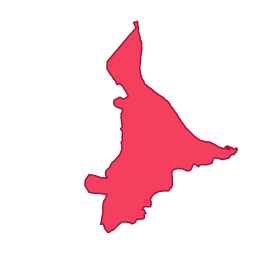 the district of Yousef El sadeq, Al Fayyum, Egypt, rotated 55°
{"feature_id": "37247803B96193438521946", "entity_name": "Yousef El sadeq", "entity_type": "district", "adm_level": 2, "iso_a3": "EGY", "parent_name": "Egypt", "parent_adm1": "Al Fayyum", "projection": "orthographic", "projection_center": [30.573, 29.353], "detail": "fine", "context": "isolated", "style": "filled", "palette": "rose", "viewbox_px": 256, "rotation_deg": 55, "n_neighbors": 0, "source": "geoboundaries", "source_scale": "gbopen_adm2", "svg_char_len": 5779}
<svg xmlns="http://www.w3.org/2000/svg" viewBox="0 0 256 256"><g transform="rotate(55 128 128)"><path d="M210.0,61.0L209.6,60.4L209.3,59.7L209.2,58.7L209.4,58.0L209.4,57.6L210.1,57.1L210.6,56.7L210.2,55.4L209.8,55.2L209.9,53.5L209.6,53.5L209.0,52.2L208.8,51.4L207.6,51.1L207.9,50.7L207.2,50.5L206.4,51.0L206.2,53.6L205.4,53.6L204.5,53.9L203.9,53.9L203.5,54.5L202.6,55.3L201.4,55.8L200.7,56.2L200.2,56.8L200.8,56.7L201.2,56.3L202.8,56.2L203.7,56.9L203.8,57.5L203.5,57.7L202.9,57.6L202.6,57.7L202.0,58.8L201.8,58.6L202.4,57.6L202.1,57.1L201.5,57.3L200.7,58.7L200.1,58.5L200.3,57.1L199.7,57.2L199.5,57.8L199.4,59.1L199.9,59.2L199.9,60.2L200.2,60.8L198.5,62.5L197.2,63.2L195.2,65.0L193.5,65.5L191.4,66.5L188.4,68.0L186.7,69.1L185.0,70.7L184.0,72.4L181.7,74.0L180.1,75.7L177.0,76.9L173.9,78.0L172.8,78.4L172.3,78.5L171.5,78.7L170.9,78.7L170.3,78.9L169.6,78.9L168.9,79.1L168.1,79.3L167.4,79.3L166.9,79.5L166.2,79.5L165.2,79.7L164.5,79.8L164.0,79.9L163.0,80.1L162.3,80.2L162.0,80.4L160.8,80.4L159.1,80.5L156.6,80.5L155.6,80.6L154.0,80.6L153.4,80.5L152.0,80.5L151.0,80.4L150.0,80.4L149.1,80.5L148.3,80.3L147.7,80.4L147.1,80.4L146.2,80.2L145.2,80.3L144.3,80.1L138.7,80.3L137.9,80.2L137.2,80.0L136.5,80.1L135.9,80.3L135.3,80.5L134.3,80.5L133.8,80.5L133.3,80.2L132.6,80.0L131.9,80.1L130.2,80.1L129.2,80.2L128.7,80.3L128.2,80.4L127.5,80.6L126.9,80.9L126.2,81.1L125.7,81.3L125.4,81.3L124.9,81.5L124.2,81.5L123.3,81.7L122.8,81.9L122.2,82.1L121.7,82.3L120.7,82.8L119.7,83.2L119.2,83.6L118.5,83.8L117.6,84.0L117.0,84.3L116.1,84.5L115.8,84.7L115.0,84.9L114.3,85.3L113.8,85.3L113.5,85.5L112.8,85.7L111.6,85.9L110.6,86.2L109.9,86.4L109.6,86.4L109.1,86.6L108.2,86.8L107.4,87.2L106.7,87.6L104.7,88.1L104.4,88.3L103.9,88.3L103.4,88.5L102.2,88.7L101.7,88.8L101.2,88.9L99.8,89.0L99.5,88.5L98.8,88.2L97.8,88.1L97.4,88.2L96.7,88.4L96.2,88.4L95.9,88.5L95.6,88.3L95.0,88.0L94.3,87.8L94.0,87.8L93.7,87.7L93.1,87.5L91.8,86.9L91.1,86.8L90.4,86.3L89.7,86.0L88.0,85.3L87.5,85.0L86.8,84.7L85.9,84.1L85.2,83.7L84.5,83.1L83.4,82.3L82.4,81.3L81.3,80.3L80.8,79.7L80.1,79.0L79.6,78.7L78.9,78.2L78.2,77.7L77.1,76.9L76.1,76.1L75.5,75.4L74.3,74.3L74.0,74.0L73.4,73.3L72.6,72.7L72.2,72.2L71.3,71.4L70.8,71.0L70.3,70.9L69.2,70.1L68.7,69.8L68.4,69.6L67.8,69.3L67.0,68.6L66.5,68.3L65.6,67.8L64.9,67.5L64.6,67.4L64.0,67.5L63.2,67.6L61.6,66.8L60.9,66.3L60.8,66.1L60.4,66.0L59.3,65.8L54.5,63.8L51.3,61.5L50.0,61.3L46.2,59.1L44.8,62.9L50.7,64.0L53.1,74.6L57.3,90.3L61.8,107.1L63.3,108.1L65.1,109.6L67.2,111.0L67.7,111.3L69.2,111.4L72.5,111.5L73.5,111.6L75.2,111.6L76.5,111.4L78.1,111.5L80.3,111.6L80.6,111.4L82.8,111.3L84.2,111.8L85.9,112.0L86.1,111.9L86.4,111.5L86.5,110.5L86.7,109.6L87.3,109.4L88.3,109.1L90.5,108.3L92.7,108.6L93.8,108.7L94.3,108.7L95.6,108.8L96.6,108.4L96.8,108.6L98.4,109.1L100.6,109.0L101.8,109.6L102.0,110.3L102.2,111.1L102.2,111.5L102.1,113.7L101.8,114.5L101.6,114.9L100.6,115.9L99.8,116.1L98.6,116.5L98.3,117.0L97.8,118.1L97.8,118.4L98.1,119.9L97.6,121.1L97.3,121.8L97.5,123.7L98.1,124.3L99.1,125.3L100.0,125.6L101.5,126.1L104.0,125.3L106.2,124.0L109.2,121.7L112.0,123.8L112.2,125.4L113.4,126.0L115.3,127.6L115.7,127.9L116.6,128.2L119.7,130.0L120.7,130.5L122.4,131.3L123.6,131.9L124.2,133.1L124.2,134.2L124.8,134.7L126.3,134.7L127.1,134.5L127.8,134.6L129.1,135.6L130.2,136.4L131.7,137.9L134.3,139.2L134.8,139.6L135.9,141.8L136.1,142.1L138.3,142.7L139.2,143.6L140.2,143.9L141.1,144.5L142.2,145.7L142.9,146.6L144.5,149.0L145.0,149.8L146.0,153.3L147.2,158.5L147.1,160.4L147.5,161.4L148.0,162.6L149.1,164.6L150.0,166.4L150.2,169.8L151.6,171.9L152.8,172.7L154.7,173.4L156.9,173.6L153.9,178.1L148.7,181.9L143.8,186.4L146.2,192.7L150.3,196.3L158.3,196.8L162.2,193.0L165.2,188.9L170.2,183.6L170.6,184.0L171.3,184.8L172.7,186.4L173.6,188.6L173.8,189.5L175.2,191.1L176.8,192.7L178.2,193.9L179.4,194.7L180.3,195.2L181.5,196.1L183.5,197.6L184.0,198.3L184.3,198.4L185.2,199.4L189.5,203.7L191.2,205.5L191.5,204.9L191.7,204.4L192.5,203.5L193.2,203.5L194.7,203.8L195.8,204.3L197.3,204.6L198.7,204.7L199.7,204.6L200.9,204.4L201.9,204.4L202.2,204.0L202.5,203.7L202.7,203.2L202.6,202.2L202.5,201.7L202.4,200.6L202.7,199.8L202.9,199.3L203.0,198.4L203.0,197.7L202.6,196.2L202.3,194.0L202.1,192.9L201.7,190.7L201.6,187.1L201.9,186.3L202.2,185.6L203.8,183.5L205.8,181.7L207.1,180.3L207.8,180.1L208.6,180.1L209.1,178.5L209.5,176.7L208.6,174.5L208.4,174.0L208.0,173.5L208.7,171.6L209.8,170.0L211.2,167.4L211.0,166.1L210.3,165.6L209.4,165.3L208.6,164.8L208.0,163.8L208.0,162.8L208.1,162.3L206.8,162.4L205.6,161.9L204.9,161.7L204.4,161.9L203.1,162.8L203.1,162.3L202.5,161.8L201.8,160.8L202.0,160.1L202.4,158.6L203.5,157.4L204.5,156.2L204.8,155.3L205.2,154.9L204.4,153.3L202.3,151.8L201.3,151.4L199.6,150.6L199.0,150.2L198.5,149.3L198.3,148.6L197.9,147.6L197.2,145.9L196.9,143.7L197.2,142.9L197.7,140.8L197.5,140.1L197.5,139.5L200.2,134.4L201.0,133.4L202.4,131.3L202.6,131.0L202.5,129.8L201.9,127.4L201.4,126.1L201.0,125.3L200.1,124.4L198.0,122.7L194.7,120.7L193.3,119.9L191.6,119.0L189.9,117.9L189.0,117.0L188.6,115.9L188.4,115.2L188.4,114.3L188.8,112.8L189.2,112.3L189.3,111.8L189.6,110.6L189.9,109.9L190.6,109.4L191.1,108.8L191.4,108.5L191.7,108.0L192.2,107.4L192.8,106.7L194.0,106.0L194.5,105.8L194.7,105.6L196.4,104.7L196.7,104.2L197.3,103.7L197.8,103.2L198.0,102.6L198.1,101.6L198.3,100.9L198.0,99.8L197.3,98.6L195.5,96.1L195.5,95.3L195.6,94.4L195.8,94.2L196.3,93.9L196.6,93.5L197.5,93.2L199.5,92.8L200.2,92.4L199.8,91.9L199.7,90.5L199.9,89.7L200.4,88.7L200.5,88.5L200.7,88.0L202.0,86.6L202.3,86.0L203.6,83.8L203.9,82.8L204.6,80.7L204.8,79.9L204.8,79.4L204.6,78.8L204.2,78.5L203.7,77.9L203.2,77.0L202.4,76.2L202.1,75.2L202.2,74.7L202.8,73.3L203.2,72.8L204.4,71.7L204.8,71.3L205.6,70.7L207.5,69.3L209.2,66.3L209.3,65.3L209.7,64.4L210.3,63.0L210.4,62.0L210.0,61.0Z" fill="#f43f5e" stroke="#9f1239" stroke-width="1.5"/></g></svg>